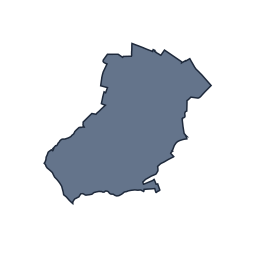 outline of Valea Lui Mihai, Bihor, Romania, rotated 224°
{"feature_id": "2599482B32986385447042", "entity_name": "Valea Lui Mihai", "entity_type": "district", "adm_level": 2, "iso_a3": "ROU", "parent_name": "Romania", "parent_adm1": "Bihor", "projection": "robinson", "projection_center": [22.134, 47.533], "detail": "fine", "context": "isolated", "style": "filled", "palette": "slate", "viewbox_px": 256, "rotation_deg": 224, "n_neighbors": 0, "source": "geoboundaries", "source_scale": "gbopen_adm2", "svg_char_len": 4279}
<svg xmlns="http://www.w3.org/2000/svg" viewBox="0 0 256 256"><g transform="rotate(224 128 128)"><path d="M192.0,158.5L191.6,158.5L191.1,158.4L190.4,158.5L189.3,158.8L187.6,159.5L187.2,158.4L184.8,151.2L183.6,148.9L181.9,146.1L181.2,145.2L177.0,139.4L170.8,142.8L168.6,137.8L170.3,137.4L167.8,132.9L166.3,130.6L164.1,127.0L163.8,127.1L163.4,127.3L163.2,127.4L162.9,127.5L161.8,127.9L161.5,128.1L160.1,128.7L160.2,126.5L160.2,126.4L160.3,124.6L160.4,123.2L160.4,121.0L160.4,120.7L160.5,119.5L160.7,117.1L160.6,115.6L160.8,115.5L164.1,113.3L164.4,101.1L163.3,100.0L163.1,99.7L162.5,98.9L162.0,98.8L161.8,98.7L160.2,98.2L160.9,97.6L161.6,96.9L162.0,96.0L162.2,95.6L162.5,95.6L162.8,95.5L163.6,94.2L163.8,90.7L163.8,88.6L163.0,86.2L163.0,85.6L163.3,83.5L163.1,82.2L164.0,79.5L165.7,76.2L167.4,74.5L167.9,73.6L168.1,71.7L167.7,69.9L167.8,69.0L167.4,67.4L167.2,67.0L167.1,65.9L167.1,65.7L167.8,65.0L167.7,61.7L167.2,61.7L166.9,61.2L167.0,60.8L167.3,60.7L166.6,60.2L166.3,59.5L166.4,59.3L168.0,59.1L168.5,56.3L168.6,55.1L167.2,52.0L167.1,51.5L166.6,50.1L166.2,49.7L164.9,47.9L164.0,45.8L163.9,44.9L163.8,44.4L163.4,44.4L162.8,44.4L161.9,44.3L160.3,43.5L159.3,43.3L158.4,43.1L155.8,43.3L154.1,43.4L151.4,43.4L148.8,42.4L146.7,41.7L143.2,41.6L141.6,41.4L140.8,41.3L138.5,40.9L135.2,40.0L133.9,39.2L132.6,38.4L130.1,36.9L127.9,35.3L124.5,35.6L123.4,35.5L120.1,35.2L117.4,35.2L115.2,35.3L115.7,35.9L116.4,36.5L117.0,39.4L117.0,40.2L116.4,41.7L116.1,42.7L115.5,44.3L116.0,46.6L116.3,47.8L114.9,49.4L114.0,49.7L112.6,50.0L111.7,50.4L111.2,51.0L110.2,52.3L109.7,52.8L109.6,53.0L108.0,55.2L107.8,56.3L107.8,56.7L107.8,57.1L107.6,58.0L106.2,60.3L104.7,62.4L103.9,62.9L103.3,63.7L102.1,64.2L101.4,64.5L100.5,65.6L100.5,66.9L99.4,67.9L98.0,68.5L96.1,68.2L94.8,68.4L94.0,68.9L93.6,69.3L92.6,70.1L90.5,70.5L88.9,71.3L87.6,73.0L87.3,73.8L86.6,76.0L86.3,77.9L86.3,78.8L86.0,79.7L84.9,81.2L84.1,83.0L83.0,84.6L82.1,85.8L81.5,86.5L80.1,88.2L77.7,90.1L75.9,92.2L74.6,92.6L73.7,92.9L72.6,93.2L72.6,93.3L73.2,94.2L73.3,94.4L73.8,95.0L72.8,96.1L72.0,97.1L68.6,100.8L66.7,103.0L66.3,102.8L65.0,102.0L64.1,101.5L63.2,101.1L62.8,101.4L62.7,103.1L62.6,103.4L62.3,103.7L62.1,104.1L62.2,104.3L62.2,104.5L62.0,105.5L66.3,107.6L67.8,108.4L68.7,107.1L73.5,109.2L73.7,108.8L73.7,108.5L73.7,108.2L73.6,107.7L74.0,106.8L77.6,98.6L77.8,98.4L77.9,98.5L78.9,98.9L79.8,99.4L79.7,101.5L79.7,103.2L78.8,106.2L77.8,109.7L77.7,109.9L76.0,113.9L75.9,114.6L76.1,115.5L76.3,116.1L76.4,116.6L76.5,117.3L76.8,118.0L77.3,118.6L77.8,119.1L78.7,119.9L79.1,120.2L79.5,120.6L79.8,121.1L80.0,121.1L80.0,121.7L79.9,122.7L79.8,123.2L79.9,123.6L79.6,125.5L78.9,127.4L78.4,128.8L77.3,132.8L76.0,136.7L75.2,138.9L75.2,139.2L79.6,139.4L79.6,139.6L80.1,140.3L79.9,140.8L80.0,141.3L79.9,141.7L79.8,142.1L80.0,142.2L80.3,142.3L80.2,142.4L80.0,142.5L80.7,143.0L80.7,143.4L81.2,144.5L82.5,147.5L83.0,150.2L83.0,151.5L82.9,152.7L82.1,154.9L80.7,157.5L79.9,158.8L78.5,160.6L78.4,160.7L78.3,160.8L78.1,161.0L78.6,161.5L79.2,161.8L79.9,162.1L80.8,162.4L80.1,162.8L80.7,162.8L81.3,162.8L81.8,162.9L82.4,163.0L82.9,163.0L83.4,163.0L83.7,163.0L85.8,164.5L88.3,166.4L89.8,167.5L90.0,167.7L94.7,171.6L95.4,172.3L95.2,172.5L95.6,173.0L94.9,174.6L94.8,175.4L95.3,176.2L96.4,177.1L97.3,177.9L97.7,178.6L97.9,179.2L98.0,179.7L97.6,180.8L97.5,181.0L98.6,182.2L103.8,187.9L104.5,188.5L104.6,188.9L104.4,189.6L104.3,190.2L104.2,193.9L101.5,195.9L99.3,197.5L98.5,198.1L98.3,198.3L97.8,199.5L97.7,200.0L97.6,201.3L97.7,203.3L97.8,207.3L97.7,216.3L106.1,217.0L109.7,217.3L112.2,217.5L114.3,217.5L116.4,217.6L118.0,217.6L120.0,217.6L121.6,217.9L122.2,218.0L124.2,218.6L125.6,219.0L126.3,219.2L126.6,219.3L128.8,219.9L131.7,220.8L133.0,216.3L133.4,216.4L134.7,212.0L135.4,212.9L155.9,209.4L154.9,203.3L154.9,203.1L160.3,201.8L160.4,202.0L162.1,201.6L162.5,202.5L164.3,201.9L164.1,201.5L164.1,200.8L163.9,200.7L163.5,200.1L163.8,200.0L163.9,199.9L164.1,199.9L164.8,199.6L166.6,198.8L169.2,197.7L170.5,197.2L172.0,196.6L172.4,196.5L177.6,194.3L180.8,192.9L183.9,191.6L182.9,190.4L180.7,188.1L180.0,187.3L179.2,186.5L178.3,185.3L177.8,184.8L177.0,183.9L175.9,182.9L175.6,182.4L175.4,182.0L181.1,176.2L180.9,175.1L186.3,174.2L189.8,170.8L194.0,166.7L193.5,163.2L193.0,159.7L192.5,159.0L192.4,158.8L192.0,158.5Z" fill="#64748b" stroke="#1e293b" stroke-width="1.5"/></g></svg>